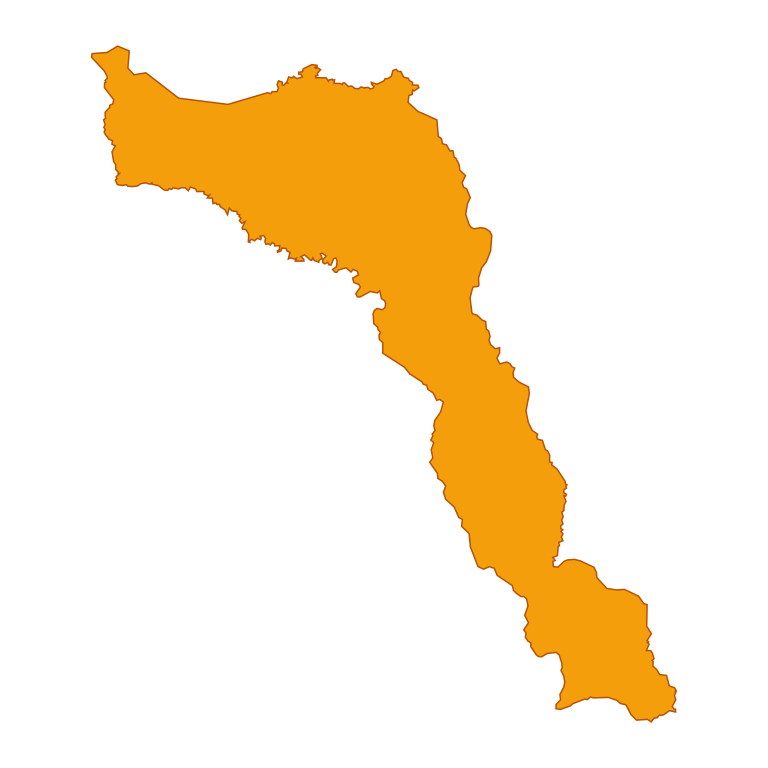 outline of Laranjal do Jari, Amapá, Brazil
{"feature_id": "56859067B40732020557984", "entity_name": "Laranjal do Jari", "entity_type": "district", "adm_level": 2, "iso_a3": "BRA", "parent_name": "Brazil", "parent_adm1": "Amapá", "projection": "orthographic", "projection_center": [-53.198, 0.775], "detail": "fine", "context": "isolated", "style": "filled", "palette": "amber", "viewbox_px": 768, "rotation_deg": 0, "n_neighbors": 0, "source": "geoboundaries", "source_scale": "gbopen_adm2", "svg_char_len": 6036}
<svg xmlns="http://www.w3.org/2000/svg" viewBox="0 0 768 768"><path d="M573.0,703.6L584.8,699.0L587.3,699.6L590.5,697.0L593.5,697.9L608.3,697.4L616.8,700.3L620.4,703.5L625.9,704.8L631.1,714.7L636.4,720.1L647.5,719.4L651.2,721.9L654.0,718.2L657.4,717.6L659.0,715.4L663.4,714.9L669.5,710.7L675.6,712.0L675.5,709.2L674.0,709.1L672.2,706.4L675.8,699.8L674.4,695.5L675.8,692.6L675.1,691.7L676.4,691.0L674.5,687.7L669.3,685.9L666.5,675.4L659.6,674.6L656.8,669.6L652.9,666.2L653.2,661.6L652.1,660.4L654.0,658.8L652.4,653.1L650.7,650.6L646.4,650.6L649.1,644.1L647.5,642.6L648.6,641.8L647.0,640.7L651.4,633.7L646.7,626.2L647.1,604.7L643.7,603.5L638.5,596.1L624.4,589.4L616.6,589.9L606.9,588.5L596.9,577.7L596.4,572.3L594.0,567.3L580.3,560.9L574.5,559.4L567.7,559.9L564.4,561.1L557.7,567.3L553.4,566.5L552.9,561.4L555.2,560.4L552.8,557.5L557.4,555.6L558.2,546.6L559.5,545.7L558.7,542.4L563.0,540.7L561.4,537.0L563.0,533.9L560.8,531.3L562.9,529.8L560.8,528.4L560.7,526.0L563.0,523.9L561.7,520.0L563.2,516.6L561.8,512.0L563.9,510.6L564.1,505.2L566.0,501.4L563.9,495.6L565.7,496.1L566.5,494.3L563.7,492.5L564.0,489.7L566.4,488.3L565.9,486.4L567.0,484.9L565.4,483.8L565.2,481.4L556.9,468.9L551.7,464.9L552.2,462.5L549.6,461.9L549.7,455.2L547.7,451.0L545.4,449.7L542.4,440.4L537.6,439.2L536.7,436.8L537.7,434.3L532.1,430.3L528.3,422.4L526.0,410.8L529.3,393.6L528.5,386.9L519.3,382.3L513.6,377.4L513.0,372.6L514.8,368.1L512.1,366.9L510.0,363.8L506.8,362.0L499.8,363.9L496.9,358.1L499.6,353.0L499.6,347.7L495.2,348.8L490.5,344.5L489.0,340.0L490.1,336.4L488.6,330.9L486.3,329.1L485.7,321.5L482.0,320.0L477.1,315.2L472.4,313.7L471.8,312.1L470.1,298.1L471.7,291.1L473.1,287.0L478.1,286.4L478.9,285.2L478.5,278.4L481.6,267.9L486.4,261.7L490.6,250.9L491.8,235.5L490.0,231.6L485.2,228.4L480.5,227.7L474.1,228.8L471.1,227.4L469.2,224.8L465.7,214.3L467.5,203.6L470.3,197.7L466.7,188.9L463.7,187.3L462.1,182.8L465.5,175.6L459.8,170.1L459.2,165.0L456.1,158.5L454.2,157.2L452.9,150.7L450.0,151.0L446.5,144.9L442.4,143.7L441.5,138.6L438.3,136.4L436.9,119.9L417.9,111.4L408.1,102.4L408.9,95.5L412.2,94.5L412.7,89.9L414.2,90.9L418.9,87.7L417.9,85.2L412.4,85.0L412.6,82.4L409.3,80.5L408.3,78.3L403.7,77.2L400.9,71.5L398.2,71.4L396.2,69.3L392.9,70.5L391.4,76.2L387.8,78.6L385.2,78.6L384.0,80.8L377.0,84.2L371.3,82.4L371.9,84.9L374.1,86.2L373.3,88.0L370.4,88.9L368.0,87.3L364.0,87.9L361.1,86.9L358.6,88.7L355.1,88.6L351.6,86.0L348.3,86.5L344.9,83.0L343.0,82.9L342.2,84.6L340.0,83.4L334.0,83.4L334.6,79.8L333.0,80.3L332.5,79.2L328.8,80.0L328.3,81.3L326.2,77.8L315.6,77.7L315.6,75.8L317.8,75.6L317.4,73.2L320.6,69.7L317.6,67.9L315.6,68.4L314.8,67.4L317.1,66.5L317.0,65.3L311.9,64.6L303.3,68.8L302.5,71.8L298.7,72.2L298.9,74.5L301.3,74.4L302.4,76.9L296.8,78.6L293.5,76.3L292.5,77.8L288.7,77.0L286.9,82.0L287.6,83.0L286.0,82.7L283.9,85.4L282.2,84.8L282.3,82.1L278.5,80.8L277.1,84.6L278.4,88.3L277.0,91.7L272.1,91.6L270.8,93.6L267.6,92.7L227.9,104.4L178.7,98.2L145.9,72.8L133.9,74.8L127.9,68.0L129.3,51.0L117.6,46.1L107.0,52.5L92.1,53.6L91.6,57.3L104.5,71.2L107.2,76.6L107.3,78.3L105.0,80.6L105.8,82.2L104.6,82.9L104.4,87.6L113.7,99.7L112.8,103.9L109.7,105.2L109.7,107.3L105.1,112.3L105.4,118.5L103.6,119.9L105.2,124.7L103.8,127.4L105.2,129.3L104.1,132.1L105.6,134.8L109.0,139.3L112.5,140.7L111.9,144.2L115.4,145.8L112.0,151.8L113.6,161.4L115.7,164.7L115.7,169.6L118.3,172.0L118.1,173.4L119.5,173.4L116.1,176.9L116.9,178.6L115.4,180.2L117.3,184.6L122.5,185.5L126.1,184.6L127.8,186.2L131.9,186.6L137.4,186.0L141.0,183.6L145.7,182.9L149.9,184.2L151.9,182.9L151.9,184.2L158.6,185.7L164.3,190.1L167.8,190.3L169.1,188.7L171.7,189.4L173.0,187.9L179.0,188.9L181.0,187.7L185.2,187.8L188.4,190.7L190.4,187.0L195.5,188.9L196.9,191.6L204.0,191.5L203.9,193.8L207.8,195.6L209.5,195.0L207.3,198.0L212.4,198.1L213.0,203.6L215.9,202.9L216.9,204.5L219.7,204.5L220.1,206.6L225.1,209.9L227.5,214.7L229.3,208.1L231.9,210.9L236.9,211.5L237.2,214.0L239.7,214.9L238.9,216.2L241.0,218.2L239.4,220.3L240.0,221.4L241.9,223.3L245.2,221.5L242.1,227.9L242.7,229.3L245.9,229.5L248.7,234.3L248.3,241.9L250.0,242.4L249.7,240.6L251.8,239.3L254.4,240.8L257.5,238.3L260.6,239.6L261.3,238.2L260.0,236.2L263.7,235.6L265.6,238.6L264.8,241.7L266.0,244.4L268.3,243.7L270.3,245.1L272.1,242.6L274.3,243.6L274.6,245.9L279.7,245.7L279.4,249.5L277.3,250.9L277.6,252.2L280.9,251.0L281.9,248.1L286.2,248.5L286.8,250.8L290.0,252.4L288.3,259.0L290.7,257.9L294.4,259.1L296.5,258.2L295.3,261.1L303.9,261.1L303.8,259.1L300.8,256.7L304.5,254.8L310.4,260.1L311.7,260.3L312.8,257.8L314.2,260.5L318.8,262.2L319.0,260.3L322.2,258.4L320.4,253.9L321.8,253.1L326.1,255.8L322.6,260.2L322.9,262.7L324.9,263.9L327.7,262.3L329.1,265.0L331.1,265.0L333.6,258.7L335.8,257.9L337.1,261.0L336.5,266.7L332.6,269.5L335.0,272.2L336.8,272.4L338.5,269.9L346.1,267.8L351.0,272.0L353.2,269.4L357.4,271.3L358.4,274.9L352.6,278.1L353.8,282.4L359.0,284.6L360.4,287.1L355.8,293.6L357.3,296.8L360.0,297.0L370.3,291.5L377.2,292.9L379.7,290.8L381.5,298.7L384.4,300.5L385.7,303.4L385.0,307.6L382.5,309.7L377.0,308.5L374.3,310.5L373.1,313.7L373.8,323.7L377.8,327.3L378.0,329.6L380.5,332.4L379.0,335.2L379.3,339.3L382.8,342.7L382.7,353.2L404.4,367.2L409.9,374.0L421.9,381.8L423.4,384.3L426.7,385.3L427.9,389.4L433.3,393.1L436.7,400.3L439.9,399.4L443.4,402.1L440.6,412.0L434.7,420.6L433.8,426.1L435.1,430.4L432.2,434.2L432.8,436.0L430.8,440.0L433.7,442.7L431.2,449.6L432.8,458.0L429.7,462.3L437.4,473.4L437.9,478.5L442.3,481.2L445.7,486.1L443.4,492.2L445.8,499.4L454.2,507.0L458.8,517.5L462.4,519.4L461.6,526.4L469.1,533.5L470.4,546.9L478.0,566.6L483.7,569.2L489.2,566.7L494.2,568.2L497.2,575.4L512.3,585.6L513.5,590.5L516.4,593.4L521.1,596.6L524.2,596.6L526.6,598.9L528.0,606.0L524.7,615.4L528.5,622.7L523.8,629.7L526.1,633.3L525.3,637.1L527.9,641.1L530.9,642.9L530.8,646.7L536.3,654.8L538.4,656.5L541.7,656.8L547.1,653.5L556.2,652.4L559.2,654.9L561.8,663.1L562.2,667.8L561.0,670.4L563.8,676.2L564.8,682.2L563.8,687.0L559.9,694.6L560.6,699.7L556.1,704.5L556.0,708.8L560.8,709.3L570.5,705.8L573.0,703.6Z" fill="#f59e0b" stroke="#b45309" stroke-width="1.5"/></svg>